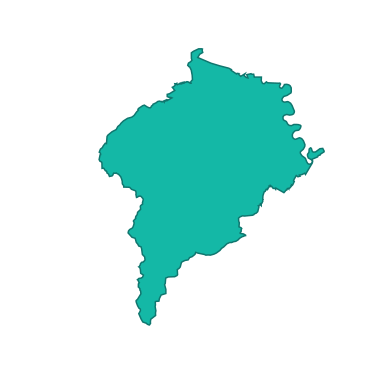 the district of Parau, Brasov, Romania, rotated 116°
{"feature_id": "2599482B71201196039236", "entity_name": "Parau", "entity_type": "district", "adm_level": 2, "iso_a3": "ROU", "parent_name": "Romania", "parent_adm1": "Brasov", "projection": "mercator", "projection_center": [25.249, 45.842], "detail": "fine", "context": "isolated", "style": "filled", "palette": "teal", "viewbox_px": 384, "rotation_deg": 116, "n_neighbors": 0, "source": "geoboundaries", "source_scale": "gbopen_adm2", "svg_char_len": 6018}
<svg xmlns="http://www.w3.org/2000/svg" viewBox="0 0 384 384"><g transform="rotate(116 192 192)"><path d="M196.9,292.8L197.0,291.9L197.4,291.2L198.5,290.5L198.9,290.9L203.6,289.7L204.7,288.2L204.7,286.5L205.4,285.7L210.2,283.2L209.5,282.3L209.4,281.6L210.8,279.3L210.9,278.9L210.6,278.6L211.0,277.6L212.2,276.7L212.4,275.0L214.2,273.0L212.6,270.9L211.9,270.6L209.4,270.7L208.8,269.2L208.1,268.4L208.3,267.5L208.3,265.7L209.5,262.8L211.2,260.9L213.1,259.3L214.7,258.5L215.5,257.8L216.2,256.2L217.5,255.5L215.3,250.6L215.2,249.8L216.1,247.6L215.7,243.5L215.9,242.9L217.6,241.7L218.7,241.4L221.2,239.5L220.3,238.6L219.5,238.4L218.4,236.9L218.3,235.8L219.5,233.1L220.2,232.5L223.5,231.8L224.4,231.1L226.8,232.2L227.5,232.2L230.1,230.6L234.1,232.0L236.1,231.4L237.6,231.5L238.2,231.8L239.6,231.6L240.3,231.0L243.4,232.0L244.1,231.7L244.6,230.8L246.2,230.1L249.0,229.7L250.5,229.8L253.1,231.6L254.9,232.0L256.8,231.5L259.0,226.1L258.5,222.8L261.7,220.0L262.7,217.8L263.9,216.2L263.6,213.8L265.1,212.4L269.9,209.2L271.0,206.2L273.5,204.5L274.4,204.5L276.4,205.2L277.1,206.3L277.9,206.6L279.1,206.9L280.1,206.6L282.2,206.7L282.6,207.0L282.9,205.7L284.2,204.5L287.5,202.5L288.0,199.2L290.4,199.1L291.9,200.2L292.9,201.8L294.8,202.6L295.0,201.7L296.3,200.4L296.6,199.6L298.1,199.9L300.9,198.6L301.0,197.9L301.9,196.3L302.9,195.9L303.5,194.8L305.9,193.3L312.3,193.9L314.0,194.6L314.5,194.5L315.8,193.5L318.1,191.0L319.7,188.7L319.9,187.1L321.4,186.3L324.7,186.5L328.7,181.8L330.4,179.2L330.0,175.5L330.4,174.3L330.4,172.8L330.0,172.2L330.7,172.0L328.2,171.7L327.1,172.4L324.5,173.3L318.9,170.6L316.7,171.8L314.6,172.4L311.0,175.0L309.6,175.3L307.0,176.8L306.1,176.4L304.6,173.9L301.9,174.6L298.1,174.6L294.7,171.0L291.0,172.8L287.3,176.0L285.8,176.0L280.9,177.9L278.7,176.0L275.7,170.4L273.7,168.9L272.7,168.7L268.2,171.2L266.2,170.1L264.5,169.7L260.1,170.6L259.0,170.2L256.6,168.3L254.7,165.7L252.0,165.4L250.0,163.5L246.8,162.0L244.6,162.2L244.4,160.2L242.7,153.4L242.7,151.9L241.6,150.1L240.6,147.7L238.2,145.0L236.2,143.4L232.3,141.3L229.7,140.7L227.4,139.4L223.2,137.9L220.9,136.0L220.0,134.2L218.4,132.8L217.1,131.0L214.9,129.6L212.7,128.9L210.3,127.4L209.0,126.0L208.4,125.9L207.7,124.7L207.3,124.9L207.1,127.3L207.9,130.0L207.8,130.8L205.6,130.6L204.3,131.3L203.0,131.3L202.6,132.3L202.7,134.5L198.9,136.0L197.8,137.2L195.1,138.7L193.4,138.0L191.3,136.2L190.6,134.3L186.4,127.5L185.3,126.5L184.2,126.3L183.0,125.1L180.9,124.3L176.5,125.2L175.5,125.6L175.3,126.3L173.7,125.2L173.6,124.7L173.9,123.8L172.9,124.3L173.0,124.9L172.5,124.7L172.3,124.1L172.2,125.0L171.5,124.3L169.3,124.3L168.2,125.0L167.6,124.8L167.2,125.4L164.3,126.6L160.2,127.2L159.4,126.5L157.3,126.6L157.0,126.2L157.2,125.9L157.1,125.4L156.6,125.2L156.4,125.7L155.7,125.7L155.3,125.2L153.7,125.1L153.0,124.3L152.6,124.5L152.5,124.9L152.2,124.5L151.7,124.6L151.7,124.1L152.5,123.4L152.1,122.7L153.2,120.6L152.6,119.6L152.6,118.6L152.9,118.0L151.7,118.3L152.2,110.5L152.3,109.1L152.1,109.0L148.9,108.2L148.7,107.7L147.3,107.8L147.2,107.2L146.5,107.2L146.3,106.7L146.5,106.4L146.2,106.5L145.7,105.9L143.5,105.3L143.1,105.7L142.7,105.1L141.9,104.8L141.7,105.2L141.6,104.7L141.1,104.6L137.7,104.7L137.5,105.6L135.9,105.8L131.5,105.5L131.9,103.5L130.4,101.8L129.7,102.9L128.2,100.9L125.7,98.9L126.5,97.7L113.2,96.6L111.2,97.1L110.1,98.6L105.4,94.5L103.9,94.5L102.5,93.0L101.6,93.1L98.0,90.9L97.3,91.2L95.5,93.6L97.0,96.0L101.8,98.5L102.9,100.2L102.9,101.1L102.3,102.2L100.6,103.7L100.3,104.4L100.4,104.9L102.0,105.5L105.1,104.3L107.5,104.7L108.9,104.0L110.4,102.4L110.7,98.5L111.9,97.1L113.6,97.1L114.8,97.6L115.7,99.0L115.7,100.3L114.6,102.1L112.1,104.8L111.8,105.7L111.3,108.8L110.2,110.9L109.4,111.8L108.3,112.2L104.7,110.7L101.7,110.6L100.0,111.2L97.2,114.2L96.1,116.3L95.9,117.8L96.2,119.3L98.8,121.6L99.5,122.5L99.4,124.3L98.4,125.9L96.3,127.0L94.3,127.0L92.6,126.5L91.5,125.9L89.8,123.4L88.7,122.8L86.8,122.6L84.9,123.0L84.5,123.9L84.9,126.3L86.6,130.0L88.8,131.7L89.5,133.8L89.1,135.6L87.3,138.1L87.1,141.4L86.1,142.4L84.4,143.2L82.7,142.8L80.8,140.9L80.1,138.0L78.7,136.0L77.3,135.0L75.6,135.0L74.5,135.4L70.4,140.0L69.0,142.3L68.7,144.8L68.9,145.8L70.6,148.0L70.9,149.4L70.6,150.7L69.7,151.6L68.3,151.9L65.9,151.4L63.5,148.9L59.5,146.5L58.2,146.8L54.9,148.5L53.6,150.2L53.3,151.4L53.4,152.9L53.8,154.3L54.9,156.1L55.7,155.9L59.0,156.6L59.5,157.0L59.7,158.4L59.5,159.1L58.4,159.8L56.1,159.8L55.6,160.8L55.9,161.0L60.7,171.9L60.4,173.4L62.9,174.5L63.4,175.7L63.3,176.5L61.7,178.5L58.3,180.0L61.4,186.4L59.1,188.2L59.7,189.3L60.0,190.5L59.8,190.8L62.5,194.2L64.9,191.8L65.3,193.5L64.6,196.2L62.4,196.2L66.7,198.9L65.5,202.2L65.1,202.0L65.6,203.5L66.4,203.8L65.5,210.2L64.7,210.2L64.6,213.2L66.4,222.1L67.9,231.3L68.6,245.8L64.9,245.5L61.9,243.5L60.3,244.9L58.9,245.3L59.0,245.9L60.4,248.8L64.9,252.4L67.2,253.6L72.2,251.1L73.6,249.8L75.6,250.4L77.7,251.7L80.0,251.4L80.7,249.6L80.6,248.9L82.8,246.1L87.0,243.0L90.9,240.8L93.2,241.4L94.2,241.2L94.6,240.6L95.1,241.3L94.6,242.3L95.0,243.3L94.7,243.8L95.1,245.0L96.2,245.7L96.3,246.7L96.6,247.2L97.6,246.8L97.9,247.1L97.4,248.1L97.8,248.7L98.4,248.3L99.0,248.5L98.7,248.9L98.8,249.7L99.7,249.5L99.9,249.8L99.7,250.3L99.9,250.9L100.9,251.0L101.3,252.0L102.1,252.3L102.0,253.1L101.2,253.4L101.7,253.7L102.2,254.9L102.9,254.2L103.7,254.0L105.3,254.7L106.5,255.6L108.3,252.0L113.5,255.3L115.1,257.1L117.1,256.1L117.0,254.3L116.2,252.1L116.2,251.3L119.6,253.6L119.8,254.2L120.2,254.2L120.1,254.7L120.8,254.6L121.1,255.2L121.8,255.5L121.9,255.9L121.1,256.0L122.3,257.0L123.1,256.6L122.7,257.4L123.0,257.7L123.5,257.5L124.2,258.5L124.1,259.4L124.3,259.5L124.6,261.1L125.7,262.5L127.6,263.4L130.2,265.5L131.2,265.4L132.5,266.1L134.1,266.1L134.8,266.6L135.1,267.5L135.2,269.4L134.8,272.9L136.1,274.2L140.4,276.7L141.5,276.8L142.0,276.1L144.4,276.9L148.7,277.6L151.2,279.0L154.0,282.2L158.2,284.8L161.7,286.1L162.8,286.1L165.7,287.4L169.1,287.5L172.9,290.3L177.7,292.5L179.3,292.7L186.0,290.1L186.2,291.3L189.5,292.0L191.3,292.0L193.6,293.1L196.9,292.8Z" fill="#14b8a6" stroke="#0f766e" stroke-width="1.5"/></g></svg>